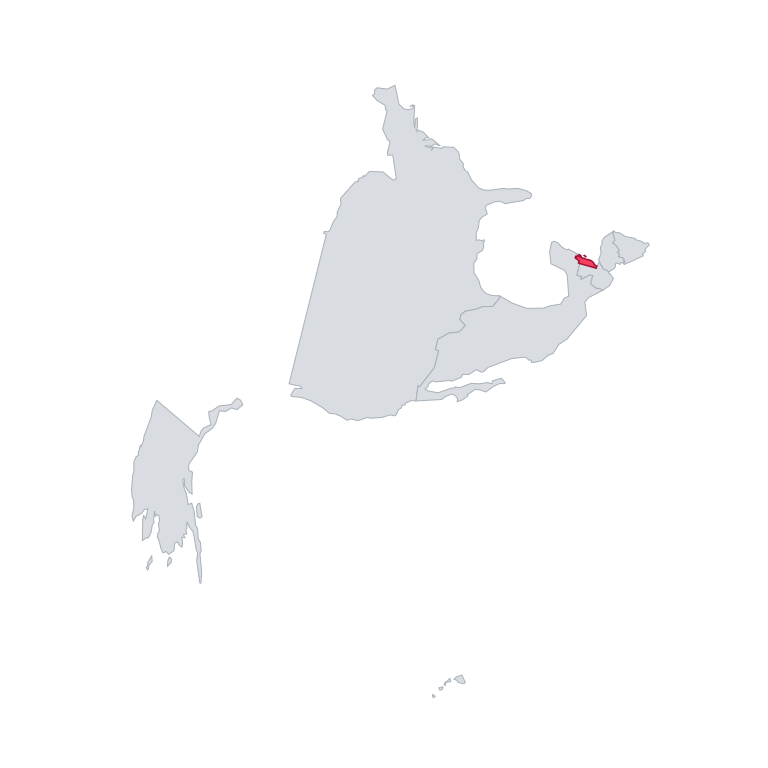 Belize highlighted, Equal Earth projection, rotated 284°
{"feature_id": "BLZ", "entity_name": "Belize", "entity_type": "country or territory", "adm_level": 0, "iso_a3": "BLZ", "parent_name": "North America", "parent_adm1": "", "projection": "equal_earth", "projection_center": [-88.465, 17.185], "detail": "fine", "context": "with_neighbors", "style": "filled", "palette": "rose", "viewbox_px": 768, "rotation_deg": 284, "n_neighbors": 5, "source": "natural_earth", "source_scale": "50m", "svg_char_len": 7399}
<svg xmlns="http://www.w3.org/2000/svg" viewBox="0 0 768 768"><g transform="rotate(284 384 384)"><path d="M361.2,291.8L515.5,291.8L515.6,289.1L517.5,289.0L518.3,293.0L520.0,294.2L529.6,295.7L535.0,298.0L539.5,297.0L548.3,298.8L553.3,296.8L573.1,307.0L573.7,308.9L575.1,309.6L574.7,310.3L577.4,309.8L578.9,312.7L581.3,313.6L580.6,314.9L586.7,318.4L589.5,331.7L584.1,343.0L584.7,344.9L586.7,346.1L608.3,337.1L606.8,332.5L609.3,331.3L620.3,331.3L622.0,328.3L630.9,321.0L650.2,320.9L650.6,319.1L654.7,317.6L657.5,308.5L661.3,303.0L663.4,304.9L667.0,303.6L669.8,305.7L670.9,315.8L676.5,322.4L659.2,330.8L655.7,337.0L656.0,341.1L658.3,345.2L660.8,345.3L659.9,342.5L661.8,344.2L661.5,346.4L644.7,349.7L639.9,351.9L648.5,350.4L650.3,351.9L642.3,354.2L638.5,354.2L638.6,353.3L636.9,355.4L638.7,355.8L637.8,361.4L633.9,367.4L633.3,365.4L629.9,363.0L631.4,367.3L633.0,368.7L633.2,371.7L628.5,381.1L629.4,375.4L626.2,372.3L625.1,365.8L624.2,369.2L625.7,374.2L621.7,373.0L626.0,375.5L626.6,383.1L628.4,383.6L630.5,394.5L626.9,400.5L620.7,402.9L616.8,407.7L613.8,408.2L610.8,411.2L610.0,413.9L603.4,419.3L597.2,428.1L596.4,434.0L597.6,439.8L602.8,452.9L603.0,456.6L606.2,466.4L606.0,475.5L604.5,480.7L602.6,481.8L599.4,480.7L598.4,477.0L595.9,475.0L588.3,457.9L589.5,452.3L587.6,447.6L582.6,440.6L580.2,439.4L573.9,443.1L569.7,438.8L565.7,436.8L558.7,437.8L553.1,436.9L545.7,438.8L546.8,441.0L546.7,444.4L548.1,446.0L546.9,447.1L544.5,445.9L542.2,447.5L537.6,447.2L533.0,442.8L527.5,443.9L522.9,441.9L513.7,444.5L507.8,450.7L501.5,454.3L497.9,458.3L496.3,462.2L496.1,468.0L497.5,475.0L495.0,475.3L485.6,470.7L482.8,460.8L479.2,456.0L474.3,445.3L470.0,441.9L464.8,442.1L460.6,448.7L455.5,446.2L452.4,443.7L449.2,434.7L440.6,425.5L429.9,425.5L429.6,428.9L412.3,429.0L389.6,419.1L390.3,417.5L375.3,419.1L374.7,414.9L371.2,410.1L368.5,409.2L368.1,406.8L364.7,406.4L362.7,404.2L357.1,403.4L355.7,402.1L355.6,397.7L350.8,389.5L347.3,378.4L347.8,376.6L342.0,367.3L342.2,360.9L339.8,356.7L342.2,350.3L343.2,343.7L342.4,337.8L346.0,330.7L350.0,317.1L351.0,307.2L349.6,297.7L350.6,296.2L358.2,298.7L359.8,305.5L361.6,303.6L361.2,291.8ZM313.2,167.5L288.4,217.5L293.3,217.7L297.5,219.3L302.8,226.0L309.1,222.6L314.9,220.6L316.4,223.7L322.6,229.0L327.1,240.7L334.7,244.8L333.5,248.9L329.6,252.0L323.5,247.5L323.9,241.8L318.9,236.7L318.2,230.8L305.3,230.2L300.0,228.4L292.1,222.1L279.8,218.8L272.6,219.3L259.3,214.1L253.1,215.3L252.1,219.5L242.6,221.1L230.8,224.4L231.9,220.9L237.3,215.0L243.6,213.2L243.0,211.7L234.9,215.0L229.3,219.0L219.7,223.2L221.8,226.2L214.7,230.6L201.6,235.2L198.8,238.0L188.9,241.2L185.7,244.3L178.1,247.0L174.7,246.5L156.6,252.8L146.5,254.6L146.3,253.5L167.6,244.9L174.5,244.2L178.6,241.5L187.9,237.7L194.7,234.2L198.2,229.5L202.9,225.9L195.9,227.7L194.9,226.7L190.8,228.9L189.3,225.8L186.6,228.0L186.5,224.9L179.9,227.4L176.8,227.4L178.6,223.7L180.8,221.5L178.9,219.4L171.6,220.5L166.6,216.3L168.8,213.0L166.6,210.5L170.8,207.2L177.0,204.0L180.7,201.1L184.9,200.7L187.7,201.6L193.4,198.9L196.6,199.4L201.5,197.7L202.3,195.2L200.2,194.2L205.2,192.1L196.3,193.3L194.0,194.5L191.0,193.3L183.8,193.9L177.7,192.6L177.2,190.5L173.5,187.4L194.3,182.7L198.2,182.7L195.6,185.3L205.8,185.1L204.2,181.9L199.9,180.0L195.6,175.4L190.4,173.9L195.0,171.4L203.3,171.2L210.8,169.1L213.6,166.9L220.0,164.7L234.8,162.2L238.8,162.5L247.4,160.2L253.5,161.1L255.4,163.1L258.0,162.2L265.4,162.5L264.5,163.5L270.9,164.3L275.8,163.8L296.0,166.2L302.5,165.5L313.2,167.5ZM148.3,197.6L150.5,198.6L154.0,198.0L161.1,200.2L155.7,202.0L151.8,199.8L147.2,200.1L146.4,199.6L148.3,197.6ZM117.3,525.0L120.4,530.0L114.0,535.2L112.5,534.0L112.4,528.3L114.2,525.9L114.5,523.4L117.3,525.0ZM114.3,519.1L111.4,520.7L109.9,517.6L110.7,516.9L114.3,519.1ZM109.9,515.5L109.6,516.4L106.2,516.2L106.8,515.1L109.9,515.5ZM102.5,510.8L104.4,514.2L103.9,514.7L101.3,514.3L100.6,512.0L102.5,510.8ZM94.6,506.4L93.4,509.3L91.5,507.7L93.1,506.3L94.6,506.4ZM160.5,217.0L164.1,217.6L163.1,219.9L159.4,220.8L154.8,218.0L160.5,217.0ZM219.3,231.7L222.5,232.2L223.7,234.1L211.3,239.5L209.4,237.9L210.2,234.9L219.3,231.7Z" fill="#d9dde1" stroke="#a8b0b8" stroke-width="1"/><path d="M375.3,419.1L390.3,417.5L389.6,419.1L412.3,429.0L429.6,428.9L429.9,425.5L440.6,425.5L449.2,434.7L452.4,443.7L455.5,446.2L460.6,448.7L464.8,442.1L470.0,441.9L474.3,445.3L479.2,456.0L482.8,460.8L485.6,470.7L495.0,475.3L497.5,475.0L493.5,488.7L492.0,504.5L496.1,520.2L500.3,526.7L504.2,536.0L511.1,538.3L513.8,542.0L533.6,535.6L537.8,532.0L541.0,517.0L552.3,512.7L562.0,512.3L563.5,514.1L563.3,518.3L559.8,523.5L558.3,528.8L559.5,530.3L556.9,541.0L555.2,538.7L552.6,539.0L550.3,544.3L549.1,543.2L548.4,544.9L536.2,544.9L536.2,549.8L533.2,549.8L539.8,557.3L539.7,560.3L531.2,560.3L528.0,567.5L528.9,569.2L528.0,573.8L517.2,561.4L511.9,559.1L499.5,564.0L471.7,550.6L464.7,544.0L454.5,540.7L451.9,536.7L445.0,531.7L442.0,526.2L440.6,521.9L442.8,521.1L442.2,518.6L443.8,516.3L443.9,513.3L439.5,501.6L425.3,481.0L420.0,477.5L419.0,475.4L420.3,470.1L413.7,464.0L412.5,458.1L409.1,457.4L403.1,448.9L403.1,446.2L398.5,433.5L398.9,430.3L394.7,427.1L392.6,427.4L389.2,425.1L387.9,428.5L388.6,438.7L396.4,450.5L397.0,453.4L398.2,453.3L399.0,458.8L405.6,468.2L407.2,476.2L410.3,483.9L410.4,488.5L413.5,488.7L418.0,496.5L414.8,501.2L413.7,501.2L412.3,495.9L408.4,491.0L400.9,484.7L401.5,478.4L400.8,473.8L393.9,467.4L393.0,468.4L387.8,464.2L384.5,459.3L387.5,459.1L390.1,455.9L390.7,452.1L386.3,446.1L382.9,443.8L375.3,419.1Z" fill="#d9dde1" stroke="#a8b0b8" stroke-width="1"/><path d="M584.8,605.9L583.2,607.8L578.0,604.6L576.5,605.8L572.1,603.4L571.1,604.6L558.1,588.3L558.8,586.9L559.9,588.3L562.5,587.3L564.3,585.2L564.1,580.8L567.0,580.7L568.4,578.3L570.4,580.1L574.6,575.5L576.2,571.6L579.3,573.1L585.6,569.6L587.9,569.8L587.0,572.6L587.7,575.9L585.5,582.5L585.9,592.7L584.9,593.6L584.7,599.8L583.4,602.0L584.8,605.9Z" fill="#d9dde1" stroke="#a8b0b8" stroke-width="1"/><path d="M587.9,569.8L585.6,569.6L579.3,573.1L576.2,571.6L574.6,575.5L570.4,580.1L568.4,578.3L567.0,580.7L564.1,580.8L564.3,585.2L560.4,587.7L559.3,584.9L557.2,584.1L557.7,580.5L556.8,579.6L552.5,580.0L546.9,574.9L548.3,572.6L548.3,569.2L556.5,562.1L563.1,563.0L569.0,560.8L572.7,561.9L575.7,560.9L579.8,562.4L587.9,569.8Z" fill="#d9dde1" stroke="#a8b0b8" stroke-width="1"/><path d="M528.0,573.8L528.9,569.2L528.0,567.5L531.2,560.3L539.7,560.3L539.8,557.3L533.2,549.8L536.2,549.8L536.2,544.9L548.4,544.9L547.8,561.9L554.4,563.3L548.3,569.2L548.3,572.6L546.9,574.9L545.4,575.4L545.7,576.5L542.0,581.0L534.5,579.3L528.0,573.8Z" fill="#d9dde1" stroke="#a8b0b8" stroke-width="1"/><path d="M548.2,544.9L548.2,544.1L548.4,543.5L549.0,543.3L549.7,543.8L550.0,544.0L550.2,543.9L550.6,543.6L551.0,542.6L552.0,540.7L552.4,539.3L552.8,539.1L553.4,539.0L553.9,539.1L553.6,540.1L553.9,540.2L554.2,540.1L555.0,540.2L555.3,541.3L555.2,542.2L554.5,544.6L554.4,545.4L554.1,546.7L554.5,547.5L554.1,548.6L554.0,549.3L553.9,550.4L554.1,552.4L553.8,555.3L553.2,556.6L552.8,557.1L552.2,558.3L551.3,558.7L550.1,560.7L549.9,561.3L550.0,561.9L549.7,561.9L548.5,561.8L547.7,561.9L547.8,559.6L547.9,556.2L548.0,553.7L548.0,551.3L548.1,549.5L548.2,547.0L548.2,544.9ZM556.2,543.9L555.9,544.1L556.1,543.6L556.1,543.2L556.5,541.9L556.8,541.9L556.8,542.0L556.2,543.9ZM556.8,548.3L556.3,549.6L556.3,549.2L556.5,548.3L556.8,548.0L556.9,547.6L557.0,547.2L557.2,547.4L557.2,547.8L556.8,548.3Z" fill="#f43f5e" stroke="#9f1239" stroke-width="1.5"/></g></svg>